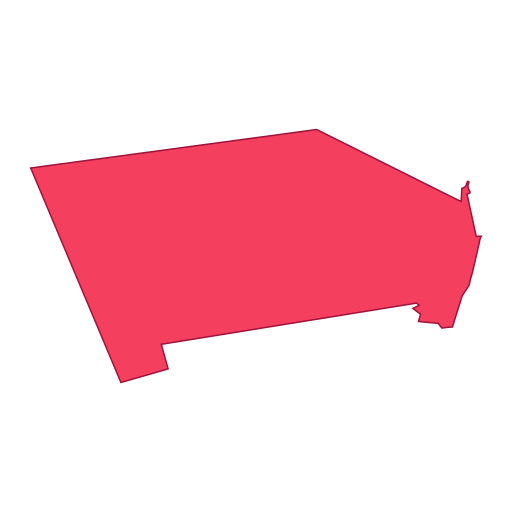 the district of San Felipe de Jesús, Sonora, Mexico
{"feature_id": "50627088B39189981083600", "entity_name": "San Felipe de Jesús", "entity_type": "district", "adm_level": 2, "iso_a3": "MEX", "parent_name": "Mexico", "parent_adm1": "Sonora", "projection": "natural_earth1", "projection_center": [-110.249, 29.87], "detail": "fine", "context": "isolated", "style": "filled", "palette": "rose", "viewbox_px": 512, "rotation_deg": 0, "n_neighbors": 0, "source": "geoboundaries", "source_scale": "gbopen_adm2", "svg_char_len": 979}
<svg xmlns="http://www.w3.org/2000/svg" viewBox="0 0 512 512"><path d="M120.9,382.5L168.1,368.9L161.3,344.3L416.5,303.1L419.1,305.3L412.8,308.4L420.5,314.2L418.5,321.5L438.2,323.4L441.8,328.0L445.0,327.7L446.9,327.4L452.4,327.0L462.2,295.8L466.8,288.8L469.1,285.2L470.3,279.9L472.7,271.5L473.3,268.8L474.2,264.9L474.8,262.5L475.5,259.1L475.8,258.0L476.1,256.7L476.4,255.0L476.6,254.2L476.8,253.7L477.1,252.6L477.6,249.9L477.9,248.7L478.2,247.4L478.4,246.5L478.7,245.4L479.0,244.1L479.2,243.1L479.5,241.5L479.7,240.5L479.9,239.7L480.1,238.9L480.5,237.8L480.7,237.3L481.3,236.2L476.2,236.3L467.0,194.0L469.6,193.2L470.1,192.5L469.9,191.7L469.4,190.5L468.6,189.1L468.2,187.9L468.0,186.0L468.1,184.7L468.9,182.7L468.8,181.6L467.5,181.4L467.3,182.0L466.7,183.4L466.2,185.1L465.5,186.1L464.9,186.8L463.9,187.7L461.9,188.3L461.1,201.4L457.7,199.9L316.6,129.5L60.3,164.0L54.6,164.8L30.7,168.0L86.6,300.9L89.8,308.4L120.9,382.5Z" fill="#f43f5e" stroke="#9f1239" stroke-width="1.5"/></svg>